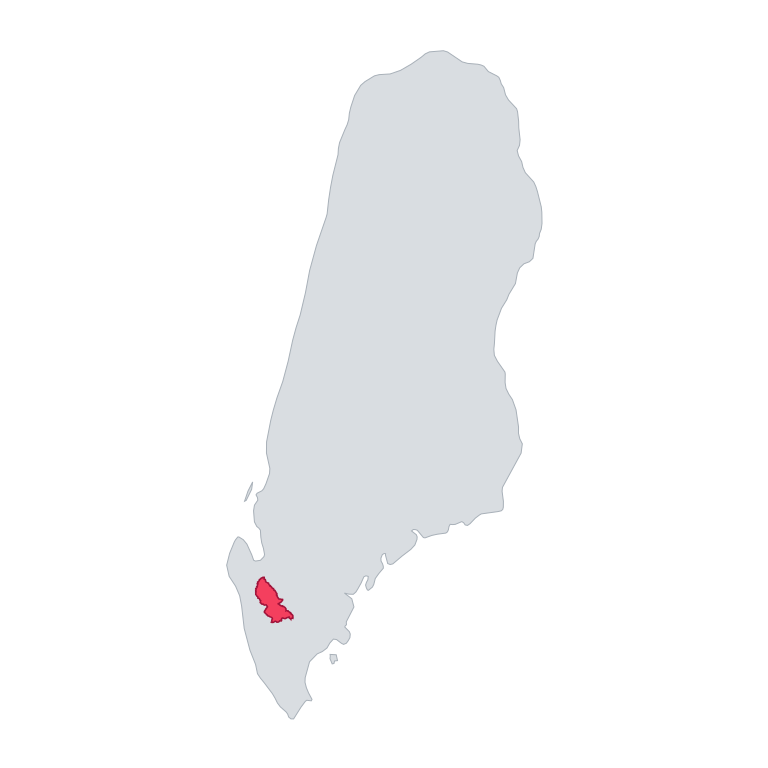 location of Andapa, Sava, Madagascar, rotated 177°
{"feature_id": "10022922B40357207342555", "entity_name": "Andapa", "entity_type": "district", "adm_level": 2, "iso_a3": "MDG", "parent_name": "Madagascar", "parent_adm1": "Sava", "projection": "mercator", "projection_center": [49.555, -14.613], "detail": "fine", "context": "in_parent", "style": "filled", "palette": "rose", "viewbox_px": 768, "rotation_deg": 177, "n_neighbors": 0, "source": "geoboundaries", "source_scale": "gbopen_adm2", "svg_char_len": 8674}
<svg xmlns="http://www.w3.org/2000/svg" viewBox="0 0 768 768"><g transform="rotate(177 384 384)"><path d="M507.1,71.0L509.2,75.9L511.7,80.7L519.4,92.1L522.7,96.6L525.5,101.3L526.9,110.6L531.8,125.2L536.4,147.2L537.8,169.8L539.2,180.1L542.8,189.9L548.7,200.0L550.6,211.3L547.0,223.0L541.8,234.0L540.5,236.1L538.0,238.9L536.9,238.8L532.7,235.9L529.3,231.3L525.0,220.3L523.4,214.8L521.6,213.9L516.6,214.4L512.9,217.9L512.2,220.0L513.0,226.2L514.4,231.7L515.0,237.4L515.1,244.5L516.5,246.6L518.5,248.4L520.6,253.1L520.9,264.2L519.7,269.8L516.1,274.6L516.3,277.2L517.6,280.0L516.4,281.6L511.6,283.7L509.7,285.6L507.1,290.5L503.0,300.5L502.4,305.6L505.0,321.2L504.3,332.3L499.0,353.6L495.9,363.7L491.6,375.8L485.0,391.7L478.5,411.8L472.9,432.5L468.8,445.0L464.1,457.3L457.7,479.1L452.3,501.3L444.2,525.8L433.1,553.3L431.9,556.8L429.6,570.9L427.1,583.1L424.1,595.3L417.9,615.4L417.2,621.6L415.7,627.5L409.7,640.2L407.2,644.9L405.4,649.9L404.4,656.3L402.6,662.4L398.2,673.7L391.6,683.5L387.1,687.0L377.5,692.2L372.6,693.2L361.7,693.3L351.2,696.3L340.2,701.9L329.7,708.4L325.6,711.5L321.2,713.3L307.2,713.7L303.1,712.2L289.1,701.6L283.7,699.8L273.5,698.4L270.4,697.5L267.6,696.1L263.4,690.5L255.2,685.8L253.3,684.3L252.0,681.1L251.2,677.6L249.0,673.7L247.5,666.3L244.8,661.1L237.2,652.0L236.4,649.0L235.8,639.4L236.0,632.8L235.3,620.8L236.2,615.2L238.8,610.2L237.7,604.7L234.9,598.9L233.9,593.0L231.8,587.6L223.9,577.9L222.0,573.1L220.7,568.1L217.7,552.7L217.4,547.4L217.8,536.1L218.9,530.3L220.8,526.2L221.3,523.2L222.6,520.6L224.4,518.6L225.7,516.1L228.7,501.7L232.4,498.5L238.0,496.7L242.4,492.9L245.0,487.9L247.5,477.4L254.5,467.1L257.0,461.7L262.7,453.5L267.7,442.0L269.2,436.5L270.3,431.0L271.6,418.8L272.5,412.8L272.3,406.8L269.5,400.7L262.6,389.6L262.4,387.5L263.0,379.2L262.4,373.2L259.9,367.3L256.6,361.7L253.5,351.3L251.9,334.0L252.3,327.8L251.3,322.2L249.0,317.0L250.7,307.8L271.1,274.6L271.7,270.7L270.9,260.5L271.3,254.7L272.0,252.5L273.6,251.2L277.1,250.6L293.6,249.2L295.7,248.1L299.8,245.3L305.4,240.0L308.0,238.4L310.3,239.0L311.7,241.3L313.5,242.5L320.2,240.1L322.7,240.0L325.3,240.4L326.6,238.2L327.3,235.2L328.3,233.1L330.0,231.9L338.6,231.2L344.1,230.3L351.1,228.2L352.7,228.6L358.4,236.2L360.1,236.9L362.3,237.2L364.2,235.8L359.6,231.8L358.9,229.6L359.2,227.1L361.6,221.6L365.8,217.5L375.0,211.2L384.6,203.9L387.3,203.4L389.7,204.5L391.5,213.1L391.3,214.5L392.8,214.7L394.6,213.7L396.2,210.2L396.2,207.3L394.9,204.6L394.3,202.2L394.3,200.1L399.1,195.0L402.9,190.2L404.7,184.4L406.2,181.8L410.3,178.8L411.4,179.2L412.4,181.7L412.9,184.2L411.9,186.8L410.4,189.3L409.8,192.7L412.1,193.4L414.2,192.5L417.3,186.4L420.9,180.7L423.0,177.7L425.7,175.6L430.1,176.0L434.5,177.3L427.4,171.2L425.7,162.9L434.1,148.5L434.1,145.5L435.3,144.6L435.9,143.4L431.6,138.5L430.8,136.1L431.3,132.5L433.4,129.2L435.3,127.0L438.0,126.1L440.1,127.3L444.8,131.3L447.9,131.9L451.7,128.1L454.8,123.3L459.5,120.1L464.8,118.0L472.9,110.5L478.1,94.8L478.5,90.2L477.4,84.7L475.5,79.4L472.4,72.8L473.2,71.4L477.6,72.2L479.1,71.3L483.9,65.5L491.8,54.3L494.4,54.4L496.6,56.4L497.5,59.5L499.0,61.7L504.4,67.0L507.1,71.0ZM451.9,115.1L452.0,116.8L445.9,116.1L444.9,110.2L447.9,110.0L448.6,107.5L450.4,107.2L452.3,112.5L451.9,115.1ZM525.4,284.2L520.3,293.1L521.7,285.7L527.7,275.0L529.4,274.2L525.4,284.2Z" fill="#d9dde1" stroke="#a8b0b8" stroke-width="1"/><path d="M518.7,195.3L518.7,195.1L518.6,194.8L518.8,194.2L519.1,194.1L519.5,193.6L519.6,193.3L519.9,193.3L520.1,193.2L520.2,192.9L520.5,192.8L520.4,192.4L520.4,192.2L520.6,192.1L520.6,191.9L520.8,191.6L520.6,191.6L520.6,191.4L520.6,191.2L520.4,191.0L520.7,190.8L520.6,190.6L520.9,190.1L520.9,189.9L521.0,189.4L521.0,189.0L521.0,188.7L521.6,188.4L521.3,188.0L521.4,187.6L521.6,187.4L521.7,187.2L521.9,186.9L522.1,186.7L522.4,186.8L522.5,186.8L522.6,186.7L522.8,186.4L522.9,186.1L522.7,185.9L522.6,185.7L522.6,185.3L522.5,185.2L522.6,184.9L522.7,184.7L522.9,184.6L523.0,184.4L522.9,184.0L522.7,183.5L523.0,183.3L523.1,182.9L523.0,182.7L522.8,182.6L522.9,182.1L522.9,181.8L523.0,181.6L523.0,181.4L523.1,181.2L523.1,180.9L523.1,180.5L523.0,180.4L522.7,179.9L522.4,179.7L522.1,178.8L521.8,178.6L521.2,178.2L521.1,177.9L521.2,176.8L520.0,176.4L519.7,176.2L519.4,175.5L519.5,175.4L519.5,175.1L519.1,174.5L519.0,174.4L518.8,174.4L518.5,174.2L518.7,173.8L518.7,173.7L518.7,173.3L518.9,173.1L518.9,172.8L519.1,172.2L518.9,172.0L518.7,171.8L518.5,171.7L518.4,171.5L518.3,171.4L518.1,171.5L517.8,171.3L517.7,171.1L517.7,170.7L517.4,170.6L517.0,170.5L516.7,170.4L516.3,170.5L516.1,170.5L515.9,170.4L515.7,169.9L515.2,169.5L514.8,169.4L514.1,169.6L513.9,169.6L513.7,169.5L513.2,169.6L512.9,169.1L512.7,168.9L512.7,168.7L512.6,168.3L512.4,168.2L512.1,168.1L512.0,167.9L512.1,167.6L512.1,167.3L512.5,167.0L512.7,166.8L513.0,166.2L513.4,166.1L513.5,165.9L513.8,165.6L513.7,165.3L513.8,165.1L514.1,164.9L514.4,164.6L514.4,164.4L514.6,164.1L514.7,163.8L515.0,163.8L515.1,163.7L515.1,163.4L515.3,163.1L515.3,162.8L515.5,162.6L515.2,162.1L515.2,161.9L514.9,161.7L514.7,161.5L514.4,161.3L514.2,160.9L513.7,160.4L513.4,160.1L513.3,159.9L513.3,159.7L513.2,159.7L512.7,159.6L512.4,158.9L511.9,158.3L511.7,158.4L511.1,158.3L510.2,157.5L509.7,157.4L509.4,157.3L508.9,157.0L508.6,156.7L508.2,156.6L507.9,156.1L507.8,155.8L507.7,155.3L507.9,155.2L508.3,154.5L508.5,153.6L508.3,153.0L508.3,152.6L508.5,152.6L508.7,152.3L509.0,152.1L508.4,151.7L507.8,151.7L507.2,151.7L506.5,151.9L505.5,152.7L505.0,152.8L504.8,152.6L504.6,152.6L504.4,152.6L504.1,152.4L503.9,152.3L503.7,152.1L503.7,151.9L503.4,151.7L501.9,151.8L501.5,152.0L501.0,152.4L500.8,152.7L500.6,153.0L499.9,152.8L499.4,152.8L499.0,152.7L498.7,153.0L498.6,153.4L498.9,153.9L499.0,154.0L498.9,154.3L498.5,154.5L498.5,154.9L498.2,155.1L498.2,155.4L498.0,155.5L497.7,155.5L497.2,155.7L496.7,155.3L496.4,155.2L496.2,155.1L495.9,155.1L495.6,154.9L495.0,154.8L494.4,155.1L494.1,155.1L494.0,155.4L493.7,155.6L493.3,155.6L493.1,155.8L492.8,155.9L492.1,155.8L491.5,156.2L491.2,156.0L490.9,156.2L490.8,155.8L490.7,155.1L490.4,155.0L490.2,154.7L489.8,154.7L489.7,154.6L489.3,153.9L489.2,154.3L489.0,154.5L488.7,154.6L488.0,155.1L487.7,154.8L487.3,154.7L487.3,155.1L487.1,155.5L487.2,155.9L487.1,156.4L487.1,156.6L487.3,156.9L487.1,157.3L487.2,157.7L487.3,157.9L487.5,158.0L487.6,158.3L487.8,158.4L488.1,158.7L488.4,158.9L488.4,159.0L488.5,159.0L488.7,159.3L488.8,159.3L488.8,159.5L489.0,159.6L488.8,159.6L488.8,159.8L489.1,159.9L489.1,160.0L489.3,160.2L489.2,160.4L489.3,160.5L489.6,160.4L489.7,160.7L489.8,160.7L489.8,160.8L490.1,160.8L490.5,161.2L490.6,161.4L490.8,161.6L491.0,161.7L491.2,161.8L491.3,161.9L491.5,162.0L491.5,162.4L491.9,162.5L492.4,162.4L492.7,162.7L493.0,162.8L493.4,163.0L493.6,162.9L493.5,163.2L493.5,163.4L493.9,164.3L493.7,164.8L494.1,165.4L494.6,166.1L495.2,166.4L495.7,167.1L495.8,167.2L496.0,167.2L496.6,167.1L496.8,167.1L497.4,167.4L497.4,167.5L497.3,167.8L498.0,167.8L498.4,167.9L498.6,168.1L498.9,168.1L499.3,168.4L499.5,168.9L499.9,168.9L500.4,169.5L501.2,169.9L501.2,170.2L501.1,170.3L500.8,170.3L500.5,170.2L500.3,170.2L500.1,170.3L499.9,170.7L499.6,170.8L499.3,171.1L499.1,171.1L498.9,171.1L498.6,171.2L498.1,171.8L497.9,171.9L497.5,172.3L497.4,172.5L496.7,173.2L496.5,173.5L496.5,173.8L496.5,174.2L496.8,174.3L497.3,174.2L498.5,174.6L499.1,174.7L499.8,174.6L500.1,174.7L500.4,175.3L500.6,175.3L500.8,175.6L500.8,175.9L501.0,176.0L501.3,176.4L501.4,176.9L501.6,177.0L501.8,177.3L501.8,177.6L501.8,177.8L501.7,178.1L501.9,178.4L502.1,178.4L502.2,178.7L502.5,178.9L502.5,179.1L502.1,179.4L502.1,179.6L501.9,179.7L501.9,180.3L502.1,180.6L502.3,180.9L502.7,181.1L502.8,181.2L502.8,181.4L502.9,182.1L503.2,182.5L503.3,182.8L503.4,183.0L503.7,183.1L503.8,183.4L503.8,183.6L504.3,183.8L504.5,183.7L504.7,183.8L504.6,184.1L504.7,184.4L504.7,184.7L505.1,185.2L505.1,185.5L505.5,185.4L505.9,185.6L506.2,186.0L506.4,186.4L506.7,186.5L506.8,187.1L507.1,187.3L507.2,187.5L507.4,187.8L507.5,187.8L507.9,187.8L508.1,187.9L508.2,188.0L508.1,188.3L508.1,188.5L508.4,188.4L508.4,188.6L508.7,188.9L509.0,189.3L509.3,189.6L509.5,190.1L509.5,190.5L509.8,190.9L509.8,191.3L510.0,191.3L510.2,191.2L510.3,191.2L510.9,191.7L511.1,191.8L511.7,192.1L511.8,192.2L512.0,192.3L512.3,192.5L512.3,192.8L512.5,193.1L512.6,193.3L512.7,193.5L512.5,194.0L512.7,194.5L512.7,194.8L512.8,194.9L513.0,195.1L513.4,195.2L513.7,195.5L513.8,195.6L514.0,195.6L514.0,195.9L513.8,196.1L513.9,196.3L513.8,196.5L513.7,196.9L513.7,197.0L514.1,196.9L514.3,197.0L514.3,197.3L514.6,197.3L514.9,197.3L515.2,197.3L515.5,196.9L515.7,196.7L515.9,196.7L516.3,196.8L516.4,196.7L516.6,196.7L516.9,196.4L517.2,196.3L517.4,195.8L517.6,195.7L517.8,195.5L518.1,195.3L518.5,195.4L518.7,195.3Z" fill="#f43f5e" stroke="#9f1239" stroke-width="1.5"/></g></svg>